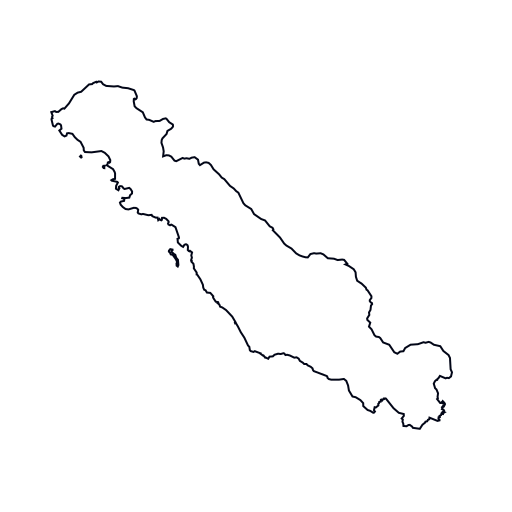 Barru, Sulawesi Selatan, Indonesia, rotated 316°
{"feature_id": "22746128B81694843903641", "entity_name": "Barru", "entity_type": "district", "adm_level": 2, "iso_a3": "IDN", "parent_name": "Indonesia", "parent_adm1": "Sulawesi Selatan", "projection": "natural_earth1", "projection_center": [119.645, -4.434], "detail": "fine", "context": "isolated", "style": "outline", "palette": "ink", "viewbox_px": 512, "rotation_deg": 316, "n_neighbors": 0, "source": "geoboundaries", "source_scale": "gbopen_adm2", "svg_char_len": 6069}
<svg xmlns="http://www.w3.org/2000/svg" viewBox="0 0 512 512"><g transform="rotate(316 256 256)"><path d="M208.7,10.3L207.2,13.8L205.9,14.3L205.3,15.5L204.5,15.2L203.7,15.8L200.7,20.9L200.5,21.8L201.3,23.3L204.9,22.9L205.9,23.5L206.7,25.5L206.5,26.6L204.5,29.3L201.7,29.1L200.7,34.2L201.4,37.0L203.3,37.7L205.3,36.5L206.7,37.5L208.8,40.6L208.2,44.6L208.3,48.4L209.1,52.0L207.2,58.4L205.5,60.4L205.2,62.4L209.7,67.2L217.7,73.1L218.9,76.7L219.1,81.9L217.8,85.8L216.3,87.1L215.5,87.1L215.4,86.2L214.4,85.8L213.5,86.6L211.7,87.0L213.5,94.2L212.7,97.3L212.0,98.7L208.2,102.6L206.4,101.4L204.6,101.0L204.6,101.7L207.7,106.3L207.7,107.2L204.1,108.4L202.0,110.3L202.7,113.1L204.7,112.4L204.7,111.6L205.4,111.0L206.7,111.3L207.5,112.1L208.0,113.0L207.7,115.3L208.0,116.5L212.1,118.9L212.3,120.7L211.7,123.5L210.2,124.9L207.7,124.8L205.4,126.0L202.5,123.8L200.3,121.3L199.9,121.5L201.1,123.4L199.4,124.7L196.6,123.0L195.2,123.1L194.3,125.1L194.2,128.2L194.8,131.6L196.6,133.9L201.5,136.4L203.0,138.0L203.5,139.5L203.4,140.9L201.1,142.6L201.0,143.7L202.5,146.4L203.9,147.2L206.9,151.9L209.5,153.9L209.1,155.3L210.5,158.7L211.9,160.0L210.6,162.3L212.3,162.3L212.1,163.2L212.7,164.6L213.4,164.6L214.9,163.3L216.4,164.6L217.2,166.9L217.2,170.2L216.8,170.9L215.3,171.5L214.9,172.5L215.5,174.2L216.8,174.5L217.1,175.2L218.1,179.3L213.5,189.1L212.8,189.7L211.5,189.1L209.2,192.0L209.3,196.7L209.9,198.8L212.3,198.2L213.8,198.9L214.1,199.7L214.2,200.8L213.4,202.2L211.1,204.3L211.1,205.8L211.5,206.6L212.1,206.5L212.5,209.0L209.9,210.6L208.7,212.7L206.4,213.9L206.4,214.9L205.6,215.2L205.6,218.1L204.0,220.5L202.7,221.7L201.8,226.7L200.5,228.0L200.8,228.4L199.8,234.1L197.8,239.8L196.1,242.1L195.3,244.3L195.9,245.6L195.3,248.2L197.5,250.8L197.3,255.3L196.6,255.6L196.1,256.7L195.3,260.9L196.7,262.9L196.2,263.9L195.7,263.7L195.9,265.5L195.0,267.5L196.0,269.6L196.9,274.1L196.8,283.1L195.3,289.3L194.6,289.2L194.2,290.0L194.9,290.4L194.0,294.2L192.1,300.3L190.9,306.6L188.1,314.8L188.1,316.7L186.2,319.4L186.1,320.7L187.6,323.3L189.0,323.6L191.6,329.1L191.3,329.2L191.9,332.7L192.3,332.8L192.0,335.5L192.4,335.6L193.4,338.4L195.8,337.8L198.4,339.9L200.7,339.9L204.0,341.6L205.7,343.7L208.2,345.0L208.6,345.8L208.4,347.7L209.8,348.7L211.2,351.0L212.9,355.7L214.8,357.1L215.4,359.5L214.7,361.9L215.6,365.3L215.6,367.1L217.3,368.8L217.2,370.5L218.4,373.7L218.6,376.1L217.8,377.5L217.6,378.9L223.3,391.0L223.6,392.0L222.8,393.4L222.9,395.1L224.2,397.2L229.9,402.7L233.8,405.5L234.2,408.5L232.3,413.1L229.4,417.3L227.8,424.1L229.6,426.8L231.0,432.2L230.9,436.3L228.9,438.5L229.3,444.3L230.6,446.8L231.4,450.1L231.9,450.6L233.5,450.5L233.7,448.9L236.3,447.2L237.0,448.2L240.2,448.5L241.2,447.3L242.3,447.3L243.3,446.6L244.6,447.4L245.9,446.2L246.4,446.3L246.5,447.6L248.7,447.2L249.0,448.0L249.9,448.0L250.4,448.8L249.2,461.0L249.8,468.0L252.5,472.3L251.3,473.7L247.9,474.1L248.0,475.6L246.2,477.0L245.5,478.9L244.0,480.7L246.0,483.0L248.3,483.5L249.3,484.3L249.8,487.1L249.5,488.6L253.8,494.1L258.5,493.0L261.8,493.3L262.8,492.9L264.3,493.8L265.9,493.3L267.2,493.8L268.5,492.8L272.0,500.7L273.8,501.7L274.4,501.0L274.2,499.8L275.4,498.8L276.4,499.5L277.0,498.5L278.7,499.0L280.1,498.0L281.0,498.2L280.3,499.0L280.7,499.5L281.2,499.0L283.0,499.4L282.3,497.9L283.8,498.0L284.1,497.0L283.4,495.3L284.6,494.8L284.7,494.0L286.4,493.9L285.7,494.6L286.5,494.8L287.4,494.4L287.4,493.8L288.2,494.2L289.1,493.8L289.4,492.9L288.3,491.6L289.5,491.5L289.5,490.1L288.1,490.5L287.8,489.4L287.5,490.7L286.4,489.7L286.9,484.7L288.0,484.7L288.7,483.5L291.6,481.2L293.1,477.4L293.0,475.5L295.2,471.3L297.7,470.4L299.4,470.4L300.3,471.0L301.3,470.4L302.1,470.7L305.0,470.0L307.4,475.7L308.8,476.3L309.9,477.8L312.6,478.1L316.2,475.8L317.3,472.7L324.7,464.1L325.7,461.0L324.8,454.5L325.9,448.9L322.3,443.4L321.5,439.5L320.5,437.7L317.7,436.2L316.6,434.4L311.2,431.9L305.6,427.2L299.4,425.8L295.9,426.9L293.3,424.9L289.8,424.5L288.6,421.3L290.2,412.4L287.4,406.5L288.4,401.3L288.1,399.6L286.4,397.4L286.2,395.3L288.2,389.0L288.2,385.3L291.9,383.3L291.7,379.3L292.6,378.1L296.6,377.1L298.1,375.1L300.9,374.3L304.3,371.5L306.1,371.3L306.7,370.4L306.3,369.0L306.6,367.3L307.4,366.7L309.8,366.4L311.1,365.1L312.4,358.2L312.1,357.0L313.0,355.1L312.8,349.5L311.6,344.1L313.4,340.4L316.3,336.9L317.1,333.4L315.9,327.8L314.5,324.2L316.3,324.9L316.7,320.0L315.5,318.4L311.9,315.6L310.2,312.1L306.1,307.5L305.6,301.7L304.4,298.9L301.0,296.1L299.7,294.3L296.5,292.4L292.3,293.0L290.8,291.4L289.1,288.6L287.7,285.7L286.7,282.0L286.7,275.3L285.1,269.5L284.9,266.6L286.1,259.4L286.0,249.1L287.0,248.9L287.5,247.2L286.5,244.2L287.2,236.7L285.4,233.0L283.7,224.5L285.2,218.9L283.5,212.1L283.6,209.3L287.3,198.2L286.8,195.6L286.9,192.0L286.0,187.5L286.6,178.7L285.8,175.8L286.2,171.6L285.7,164.2L286.8,159.2L286.6,156.1L285.2,154.0L283.5,152.7L278.8,151.7L278.9,149.9L281.2,146.4L280.5,142.3L278.1,140.6L275.6,139.8L273.9,137.4L272.1,136.2L271.3,134.5L264.5,132.4L263.6,130.8L264.1,125.7L263.2,123.1L261.5,121.2L258.4,119.8L262.3,116.6L264.5,113.4L266.6,108.9L268.7,107.1L270.4,106.4L276.4,106.1L279.2,104.5L283.2,105.5L285.5,105.4L286.5,105.0L287.5,103.7L286.5,99.5L286.9,95.3L286.7,94.3L284.3,92.8L280.5,91.9L277.4,89.1L275.6,88.4L273.7,83.8L272.1,81.8L272.4,79.2L274.4,74.0L272.7,66.6L272.7,64.0L275.4,59.9L277.2,58.2L277.8,58.3L278.0,59.5L278.7,59.7L279.9,59.5L281.3,58.3L283.5,52.6L283.4,51.8L280.5,46.4L276.8,42.0L274.7,37.9L271.6,35.4L266.4,29.6L265.3,26.2L265.7,23.1L264.0,21.1L262.0,20.5L262.1,19.7L259.0,18.5L257.5,18.5L255.1,16.6L244.3,16.4L241.2,14.6L237.3,13.8L227.5,16.3L220.5,16.9L219.9,15.8L218.1,15.2L213.9,15.0L212.3,13.5L212.0,12.1L208.7,10.3ZM200.4,193.4L199.1,191.5L197.1,191.7L196.4,192.3L196.4,194.1L195.8,195.6L196.9,197.3L196.2,202.0L195.6,204.4L194.6,205.9L193.7,206.1L192.2,207.8L192.4,209.2L193.9,208.6L197.2,204.5L197.4,201.9L198.8,199.0L198.4,197.9L198.2,194.3L199.1,193.5L200.0,193.8L200.4,193.4ZM207.9,87.4L208.4,86.8L209.9,86.0L208.8,85.1L207.7,85.5L207.5,86.9L207.9,87.4ZM199.1,63.8L199.9,62.6L199.8,62.1L198.5,62.2L198.6,63.7L199.1,63.8Z" fill="none" stroke="#020617" stroke-width="2"/></g></svg>